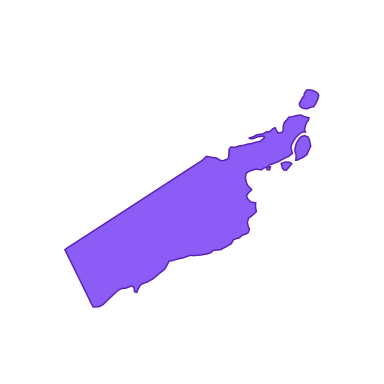 the district of Luís Domingues, Maranhão, Brazil, rotated 31°
{"feature_id": "56859067B19920779215846", "entity_name": "Luís Domingues", "entity_type": "district", "adm_level": 2, "iso_a3": "BRA", "parent_name": "Brazil", "parent_adm1": "Maranhão", "projection": "mercator", "projection_center": [-45.834, -1.35], "detail": "fine", "context": "isolated", "style": "filled", "palette": "violet", "viewbox_px": 384, "rotation_deg": 31, "n_neighbors": 0, "source": "geoboundaries", "source_scale": "gbopen_adm2", "svg_char_len": 2640}
<svg xmlns="http://www.w3.org/2000/svg" viewBox="0 0 384 384"><g transform="rotate(31 192 192)"><path d="M166.4,341.5L169.6,339.5L171.9,337.5L173.8,334.2L175.5,327.3L177.4,320.8L178.2,317.7L179.0,315.1L180.2,312.8L181.8,310.6L184.5,308.9L188.5,303.7L191.4,303.6L194.0,307.0L196.4,306.6L195.8,303.2L195.7,298.0L197.6,295.1L200.2,292.0L201.8,288.8L203.1,287.0L204.9,282.0L205.7,279.1L208.3,272.5L208.3,269.2L208.0,263.0L210.3,261.1L213.5,257.5L218.3,253.0L220.4,250.5L223.1,247.2L226.6,245.4L232.6,241.0L237.3,236.8L239.4,234.2L240.2,231.2L246.6,226.4L247.5,224.5L249.4,221.4L250.7,218.8L252.2,216.4L252.2,211.3L254.5,208.7L256.3,206.8L256.9,204.0L258.4,201.8L260.0,200.0L261.0,198.2L260.8,196.0L260.2,194.1L258.0,192.6L255.0,189.4L254.0,185.1L255.7,181.2L257.3,175.7L254.7,172.8L253.2,170.5L252.2,168.5L250.1,169.3L247.7,170.3L243.8,169.4L242.1,168.5L240.5,166.6L240.8,164.1L241.9,159.2L238.9,158.4L236.7,157.8L234.8,156.7L232.7,154.8L230.4,152.2L228.9,148.7L229.3,146.5L230.6,144.5L232.7,142.0L235.2,139.3L237.6,138.4L239.9,137.4L241.2,134.5L243.6,132.2L244.6,128.3L246.0,127.1L248.1,124.4L251.0,120.5L252.2,118.3L254.5,114.5L256.8,111.2L258.2,107.0L255.2,104.4L253.7,102.7L253.2,100.8L252.8,97.6L252.8,92.7L253.8,87.7L255.5,84.0L258.3,82.1L256.2,80.4L255.6,78.5L255.0,76.2L254.3,73.4L254.9,71.0L254.0,68.1L251.2,69.0L249.3,69.7L246.0,69.9L243.7,71.3L241.4,73.5L238.6,76.4L236.4,78.0L236.2,80.9L235.3,84.8L236.0,87.7L237.0,89.9L238.3,91.9L238.6,94.5L235.3,97.1L232.9,95.9L230.0,94.1L228.5,96.5L228.1,98.8L226.7,101.1L224.7,102.2L223.1,105.4L218.1,109.6L216.1,113.0L212.8,116.7L216.2,115.5L220.4,110.4L224.2,107.5L226.3,107.9L224.2,113.7L220.7,116.8L217.8,120.1L215.4,121.9L212.4,125.2L208.4,128.5L205.7,131.8L202.1,133.4L201.9,136.4L205.6,143.5L205.6,145.4L202.2,149.5L199.7,150.3L194.7,150.3L192.8,151.5L186.0,154.0L184.6,159.4L175.9,177.1L140.5,249.8L113.9,304.1L112.8,307.0L116.8,309.5L166.4,341.5ZM270.2,91.6L267.9,89.2L265.8,86.9L263.1,85.1L259.4,85.7L257.4,87.9L256.5,90.1L256.3,93.0L256.5,97.1L257.4,99.9L258.4,103.0L262.4,107.0L263.8,109.4L264.5,111.4L266.1,110.2L267.0,108.5L269.1,105.7L269.9,104.0L271.2,100.8L270.4,94.2L270.2,91.6ZM247.0,61.9L248.4,60.7L250.1,58.2L252.5,56.1L252.4,51.3L252.0,48.5L251.7,46.3L250.8,43.8L249.1,42.7L247.2,42.5L245.2,42.5L243.2,42.7L241.3,43.4L239.3,44.4L237.6,45.7L237.6,47.9L237.6,50.2L238.6,51.9L238.1,54.4L238.3,57.4L238.3,59.9L239.1,61.9L240.8,63.0L243.8,63.1L247.0,61.9ZM263.0,116.4L260.3,116.2L256.7,118.1L253.8,121.6L257.4,125.1L259.8,125.8L261.7,124.6L263.0,116.4ZM243.6,132.2L244.8,134.2L247.0,133.3L246.3,130.0L243.6,132.2Z" fill="#8b5cf6" stroke="#5b21b6" stroke-width="1.5"/></g></svg>